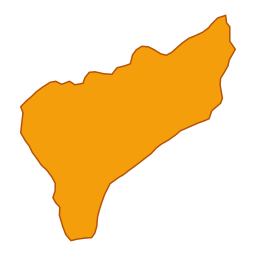 outline of Davios, Cyprus
{"feature_id": "46923920B64844622441299", "entity_name": "Davios", "entity_type": "district", "adm_level": 2, "iso_a3": "CYP", "parent_name": "Cyprus", "parent_adm1": "", "projection": "equal_earth", "projection_center": [33.916, 35.414], "detail": "fine", "context": "isolated", "style": "filled", "palette": "amber", "viewbox_px": 256, "rotation_deg": 0, "n_neighbors": 0, "source": "geoboundaries", "source_scale": "gbopen_adm2", "svg_char_len": 1197}
<svg xmlns="http://www.w3.org/2000/svg" viewBox="0 0 256 256"><path d="M62.6,226.1L65.8,234.6L70.9,240.6L74.1,239.9L77.3,239.1L85.2,238.1L91.6,237.6L94.8,233.1L96.7,226.6L97.6,216.7L99.0,211.2L100.8,205.2L102.6,200.0L104.5,194.7L110.0,183.7L118.3,177.7L123.4,174.7L128.5,170.7L135.4,165.7L145.1,158.2L151.0,153.7L156.1,148.2L161.2,144.2L169.0,139.7L175.9,134.7L180.5,130.7L192.0,125.7L197.6,123.2L204.5,120.7L209.1,118.7L211.8,110.7L220.6,103.2L222.4,98.2L221.0,90.3L220.1,84.8L220.6,78.3L224.3,72.3L228.0,65.8L229.3,59.8L235.3,49.3L229.8,41.3L229.8,32.3L229.8,26.8L226.6,22.8L225.6,15.4L217.8,17.9L211.8,23.8L208.6,27.8L202.6,32.3L193.9,36.3L188.8,38.3L181.9,43.3L171.8,52.3L166.2,55.3L160.7,53.8L154.3,49.8L148.3,46.8L141.8,46.3L136.3,49.8L132.6,54.8L130.3,63.8L124.8,65.8L117.0,67.8L111.9,74.3L104.1,73.8L94.8,71.8L89.3,72.3L85.2,77.3L82.9,83.3L75.0,84.8L69.5,81.3L61.7,84.3L55.7,81.3L50.2,82.3L42.3,87.3L36.3,91.8L30.8,97.2L27.1,100.2L20.7,106.7L23.0,112.7L22.1,120.2L20.7,132.7L25.3,140.7L29.4,146.2L32.2,152.2L37.3,159.2L41.4,165.2L46.9,170.2L52.0,177.2L55.2,183.2L55.2,190.7L52.9,197.7L55.7,202.7L59.8,207.2L59.4,215.2L62.6,226.1Z" fill="#f59e0b" stroke="#b45309" stroke-width="1.5"/></svg>